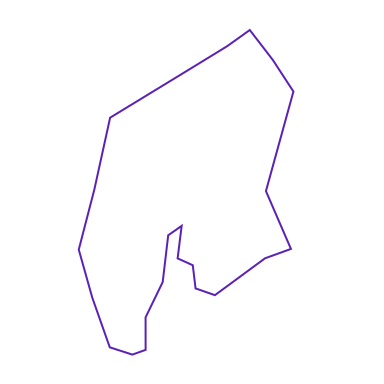 map outline of Sha Tin (Robinson projection), rotated 162°
{"feature_id": "HKG-5163", "entity_name": "Sha Tin", "entity_type": "state/province", "adm_level": 1, "iso_a3": "HKG", "parent_name": "Hong Kong S.A.R.", "parent_adm1": "", "projection": "robinson", "projection_center": [114.207, 22.389], "detail": "fine", "context": "isolated", "style": "outline", "palette": "violet", "viewbox_px": 384, "rotation_deg": 162, "n_neighbors": 0, "source": "natural_earth", "source_scale": "10m", "svg_char_len": 444}
<svg xmlns="http://www.w3.org/2000/svg" viewBox="0 0 384 384"><g transform="rotate(162 192 192)"><path d="M202.1,86.8L218.4,99.2L213.9,122.1L226.2,133.3L212.3,163.0L228.0,158.2L247.7,115.4L274.9,87.1L284.9,56.2L299.0,55.8L318.2,69.7L319.5,122.3L317.5,172.2L284.2,224.4L246.9,288.0L152.7,310.4L113.6,319.8L87.0,328.2L74.3,292.5L64.5,256.2L121.4,170.0L115.5,107.3L143.0,106.4L202.1,86.8Z" fill="none" stroke="#5b21b6" stroke-width="2"/></g></svg>